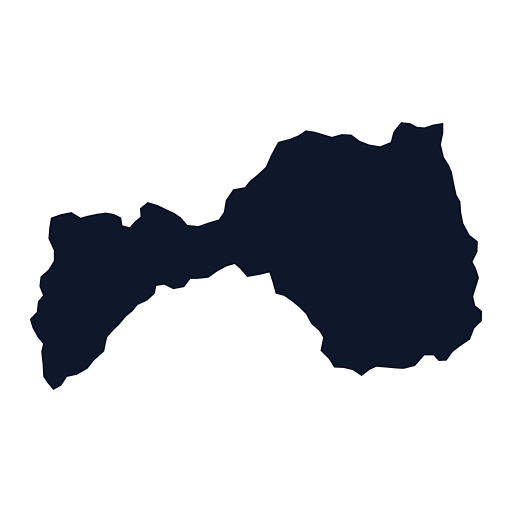 the district of Seritinga, Minas Gerais, Brazil
{"feature_id": "56859067B88996032086182", "entity_name": "Seritinga", "entity_type": "district", "adm_level": 2, "iso_a3": "BRA", "parent_name": "Brazil", "parent_adm1": "Minas Gerais", "projection": "orthographic", "projection_center": [-44.473, -21.917], "detail": "fine", "context": "isolated", "style": "filled", "palette": "ink", "viewbox_px": 512, "rotation_deg": 0, "n_neighbors": 0, "source": "geoboundaries", "source_scale": "gbopen_adm2", "svg_char_len": 1889}
<svg xmlns="http://www.w3.org/2000/svg" viewBox="0 0 512 512"><path d="M53.5,389.0L60.7,385.0L66.5,376.2L76.8,374.0L87.0,368.1L93.5,359.9L103.5,350.9L106.4,337.0L112.6,330.0L118.6,324.2L125.4,316.1L132.4,310.3L137.0,304.4L146.5,300.1L154.0,293.3L155.7,285.2L164.3,283.9L173.5,288.4L183.7,286.4L190.0,278.1L197.5,278.1L208.1,277.0L216.8,270.8L226.0,265.8L234.8,263.1L240.9,268.4L247.4,276.2L259.3,274.1L269.9,271.6L273.2,281.8L276.3,293.0L284.3,295.1L292.4,300.7L299.6,306.6L306.5,313.5L311.8,323.4L319.7,330.3L324.0,337.3L321.3,350.4L329.6,358.6L334.5,366.8L343.7,367.2L352.9,369.3L361.6,375.1L369.5,369.0L376.2,366.0L386.4,366.8L395.9,367.7L403.5,368.1L414.6,365.3L424.0,354.6L433.9,354.6L439.0,360.2L446.1,359.9L452.2,351.3L460.2,345.2L469.4,339.0L473.7,327.9L481.1,320.6L481.3,311.5L474.5,305.7L472.4,296.3L476.0,284.9L478.2,277.9L475.5,269.2L471.7,261.7L476.7,251.6L477.0,241.7L469.0,235.5L462.6,223.6L460.4,212.4L459.7,201.9L455.8,195.0L453.4,183.8L451.2,172.3L448.1,165.2L443.2,157.5L440.1,144.7L442.5,132.9L442.5,123.8L433.0,125.4L424.5,128.2L417.0,127.6L409.7,123.8L401.4,123.0L394.1,132.1L391.4,142.6L380.3,147.1L368.8,145.2L359.3,141.5L351.0,135.3L341.8,134.9L331.9,137.7L322.4,134.8L314.1,132.4L306.0,131.2L298.5,136.2L289.7,139.7L278.6,142.6L271.7,155.4L266.4,167.4L258.1,175.1L250.5,181.3L245.2,187.9L233.7,190.0L226.5,200.5L224.5,212.5L219.2,220.2L209.2,223.1L198.3,226.9L186.8,225.6L180.7,218.3L174.2,213.8L165.4,209.7L157.4,205.8L147.9,202.9L140.7,208.7L141.4,217.0L135.0,222.3L130.0,228.1L121.7,226.0L120.5,218.1L113.3,214.6L106.1,213.4L97.3,214.5L87.4,216.6L80.5,218.6L71.3,212.9L60.8,215.0L51.6,218.3L50.0,228.1L49.2,238.5L54.6,250.3L54.6,261.1L48.9,270.3L41.2,277.1L40.2,286.3L43.9,295.5L38.7,301.7L37.5,312.3L30.7,319.3L33.2,327.6L38.3,336.9L43.9,343.6L42.0,351.8L43.4,364.9L44.0,376.4L48.1,382.5L53.5,389.0Z" fill="#0f172a" stroke="#020617" stroke-width="1.5"/></svg>